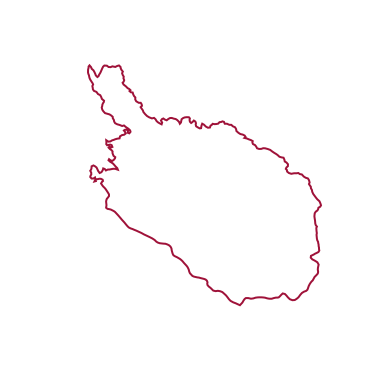 the district of Francisco Dumont, Minas Gerais, Brazil, rotated 297°
{"feature_id": "56859067B1416257735028", "entity_name": "Francisco Dumont", "entity_type": "district", "adm_level": 2, "iso_a3": "BRA", "parent_name": "Brazil", "parent_adm1": "Minas Gerais", "projection": "equal_earth", "projection_center": [-44.252, -17.434], "detail": "fine", "context": "isolated", "style": "outline", "palette": "rose", "viewbox_px": 384, "rotation_deg": 297, "n_neighbors": 0, "source": "geoboundaries", "source_scale": "gbopen_adm2", "svg_char_len": 6046}
<svg xmlns="http://www.w3.org/2000/svg" viewBox="0 0 384 384"><g transform="rotate(297 192 192)"><path d="M169.3,90.9L167.4,91.7L166.1,91.9L164.7,91.7L163.5,93.4L161.9,94.3L160.5,94.2L159.2,94.5L158.4,96.4L159.2,98.0L160.9,99.0L159.5,100.2L160.6,102.1L161.8,103.5L162.4,104.9L162.4,106.8L161.4,107.7L160.1,107.2L158.3,107.1L157.3,108.9L156.6,110.3L156.1,112.0L155.4,113.7L153.3,117.4L152.2,119.1L150.7,119.9L148.8,119.6L147.3,119.2L145.8,119.4L144.5,119.8L143.1,120.7L141.4,121.8L139.0,122.6L138.6,124.3L139.1,125.9L139.5,127.6L139.5,129.2L139.5,130.9L139.3,132.4L137.7,136.8L135.4,142.3L134.2,145.5L133.3,147.5L132.4,149.6L131.7,151.7L131.7,153.8L132.0,155.9L132.1,157.8L132.3,160.0L132.4,162.6L132.5,164.7L132.5,166.6L132.4,168.2L132.6,174.7L132.6,177.7L132.3,180.5L131.6,182.6L131.4,184.3L131.7,186.5L133.1,190.2L133.8,191.8L134.1,193.9L134.1,195.7L133.6,197.6L132.4,199.3L130.7,200.5L128.3,202.7L127.2,204.2L127.0,206.1L127.1,208.0L126.9,211.5L126.6,213.1L126.0,215.1L125.2,216.9L123.9,220.4L123.2,221.9L122.3,223.2L121.4,224.3L119.9,225.6L118.7,227.0L118.0,228.9L117.4,230.5L117.5,232.2L117.9,233.8L118.3,235.4L118.9,237.1L119.2,238.7L120.0,242.1L120.2,243.8L119.8,245.4L118.6,246.8L117.2,247.2L116.1,248.1L115.4,249.8L115.0,251.9L114.5,253.5L113.8,255.7L114.4,258.1L115.7,259.9L116.4,262.2L116.6,264.5L115.9,267.2L115.3,269.3L114.3,271.5L113.2,273.7L112.5,275.8L112.4,278.8L112.7,281.5L112.8,284.3L112.9,286.1L116.4,287.1L118.8,287.2L120.7,287.5L122.0,288.2L123.0,290.2L123.7,293.0L125.0,294.9L126.7,296.6L127.8,298.2L128.8,299.9L129.8,302.0L130.4,303.4L131.0,305.1L131.3,306.9L131.7,308.4L132.3,310.0L133.1,311.5L134.6,313.0L136.0,314.7L136.7,316.1L137.5,317.1L138.8,317.6L140.9,318.2L142.8,318.9L143.3,321.1L142.6,323.2L141.7,325.2L140.9,327.8L141.2,330.6L142.4,332.6L143.9,333.5L145.1,334.1L146.6,334.7L149.7,335.2L152.0,335.8L154.1,337.1L155.7,338.6L157.3,339.2L158.5,339.1L161.2,338.7L163.3,338.7L165.2,338.9L166.7,339.2L168.0,339.7L172.0,339.8L173.5,340.3L174.8,340.7L176.4,341.1L178.0,340.7L180.0,339.3L181.7,338.6L184.8,337.8L186.3,335.6L186.5,333.6L186.6,331.8L186.6,329.8L187.4,327.6L189.1,327.0L191.6,328.9L192.7,329.5L194.2,330.7L195.9,331.9L197.6,332.0L198.8,331.1L200.1,330.4L201.3,329.4L202.7,328.6L203.7,327.7L204.8,327.0L205.8,325.6L207.1,324.5L210.4,322.4L212.0,321.9L213.7,320.7L215.2,319.8L216.4,319.1L217.9,319.0L218.6,317.4L219.8,316.2L222.4,314.6L224.3,313.2L225.9,312.1L227.4,311.5L228.8,311.0L230.7,311.2L232.4,312.1L233.8,312.2L235.4,311.8L237.1,312.9L238.7,313.0L240.1,311.6L241.6,309.8L242.4,306.9L243.3,304.9L245.3,300.9L246.8,299.0L248.2,298.0L249.3,296.3L250.7,295.4L251.4,293.9L252.2,292.6L253.8,292.5L255.0,291.5L255.9,290.5L256.7,289.1L256.3,286.8L256.5,284.6L257.5,281.9L256.9,279.9L257.2,278.1L256.1,276.6L255.0,274.4L253.3,272.2L252.9,269.7L253.4,267.5L254.7,266.5L255.2,265.1L256.7,265.0L258.5,265.7L260.3,264.9L261.2,262.7L261.3,260.8L262.8,259.6L264.1,258.0L263.5,256.1L263.1,253.9L263.8,251.5L264.1,249.4L264.2,247.7L264.5,245.2L265.0,242.6L264.7,240.0L264.1,237.2L263.3,235.5L261.9,234.2L260.8,232.2L260.5,230.1L261.6,228.6L262.4,226.9L262.4,224.6L263.4,223.4L264.9,223.0L265.0,220.9L264.7,218.7L264.6,216.8L264.0,214.2L265.4,214.7L266.2,213.3L266.2,211.2L265.6,208.8L265.8,206.6L266.5,203.9L268.1,202.7L269.2,201.0L269.1,198.4L269.7,196.6L268.8,194.7L268.7,192.1L267.7,190.2L269.0,188.6L268.7,187.0L267.6,186.2L266.7,184.8L264.8,184.3L263.6,182.8L262.7,181.3L262.1,179.4L260.9,179.2L259.5,178.4L257.6,178.7L256.5,177.0L256.6,174.6L257.4,172.2L257.5,170.1L255.5,170.3L253.0,171.1L252.2,170.0L252.2,168.3L252.4,165.9L253.7,164.7L255.1,164.3L256.3,163.0L256.5,161.2L254.4,160.6L253.1,159.9L253.7,158.2L255.1,157.1L256.6,156.7L257.2,155.3L256.2,153.2L255.1,151.6L253.8,150.5L252.1,149.7L250.3,150.2L248.9,150.6L247.3,150.2L248.6,148.6L249.4,146.2L249.6,144.3L249.1,142.5L248.8,140.4L248.0,138.9L246.4,137.8L244.4,136.9L244.2,134.9L244.5,133.1L243.4,132.2L241.6,131.9L240.3,133.9L238.5,134.2L238.5,132.3L238.6,130.3L239.1,128.3L240.3,126.4L240.8,124.5L239.4,122.9L239.1,120.0L239.3,117.4L240.1,114.9L241.2,112.4L242.4,111.2L244.3,107.7L246.1,108.3L247.3,107.3L248.2,105.8L247.3,104.0L247.5,101.1L248.7,99.4L250.5,98.6L251.2,96.8L252.3,95.3L253.7,94.0L253.1,92.2L253.6,90.5L254.8,90.9L255.3,89.2L255.3,87.5L256.1,85.2L256.7,82.2L257.8,80.6L259.3,81.0L260.9,80.8L262.2,79.3L263.8,78.8L264.7,77.3L266.1,75.8L267.9,75.7L268.9,73.5L269.9,72.3L271.0,71.5L271.6,69.5L270.3,68.1L268.6,66.9L267.8,64.0L266.3,62.8L265.5,60.9L265.9,58.8L264.9,56.5L263.4,55.9L261.6,55.9L258.5,56.1L256.8,56.2L255.6,56.1L254.1,56.0L252.7,56.1L251.5,55.5L252.2,53.4L253.4,52.1L254.8,50.3L255.7,48.9L256.2,46.8L257.4,45.4L258.3,43.2L256.9,42.9L255.5,43.5L254.0,43.8L252.7,44.4L251.3,45.1L250.2,46.0L249.1,47.3L247.9,48.2L246.9,49.1L245.9,50.4L244.7,52.4L243.8,54.0L242.9,55.1L241.2,55.1L239.7,56.3L238.5,57.1L237.6,58.7L237.8,61.4L236.6,63.8L236.6,66.3L235.4,68.0L234.0,69.5L233.4,72.2L232.0,72.6L230.7,72.4L229.1,72.5L227.8,73.0L226.3,73.2L224.7,74.6L223.7,76.3L222.8,78.7L223.3,81.2L223.7,83.3L223.5,85.2L223.0,87.2L221.7,88.0L220.8,89.6L219.4,90.7L218.4,92.3L218.4,94.7L218.9,97.2L219.1,99.8L220.4,101.2L219.8,103.8L219.5,106.6L218.8,108.9L217.7,109.9L215.8,109.5L215.6,107.7L217.4,107.3L218.0,105.6L217.1,104.1L215.9,103.4L215.1,105.1L213.9,106.3L212.3,105.6L210.9,103.8L208.9,102.6L206.9,103.1L205.5,101.1L204.1,99.6L202.9,98.6L201.8,97.4L200.0,96.3L198.9,94.6L199.2,92.1L197.6,93.1L195.7,93.9L195.1,95.2L196.1,96.3L197.1,97.6L197.3,99.1L196.0,100.6L195.0,99.7L194.9,97.8L193.7,97.5L193.0,99.5L192.8,101.2L192.1,102.8L190.7,103.4L189.5,104.6L188.5,105.9L188.2,107.8L187.0,108.1L185.1,107.7L183.6,106.9L183.2,105.3L183.6,103.2L182.4,103.2L181.8,105.3L181.7,107.1L181.5,108.6L181.0,110.0L180.1,112.2L179.3,114.6L178.2,115.8L177.8,113.1L176.9,111.2L174.6,108.3L173.7,106.7L172.1,105.5L172.9,103.8L172.7,102.2L171.4,102.5L170.0,102.5L168.5,102.3L167.0,101.1L168.1,98.9L169.3,97.4L170.5,95.8L170.9,93.8L170.9,92.1L169.3,90.9ZM159.5,100.2L157.1,100.3L158.1,101.4L159.5,100.2Z" fill="none" stroke="#9f1239" stroke-width="2"/></g></svg>